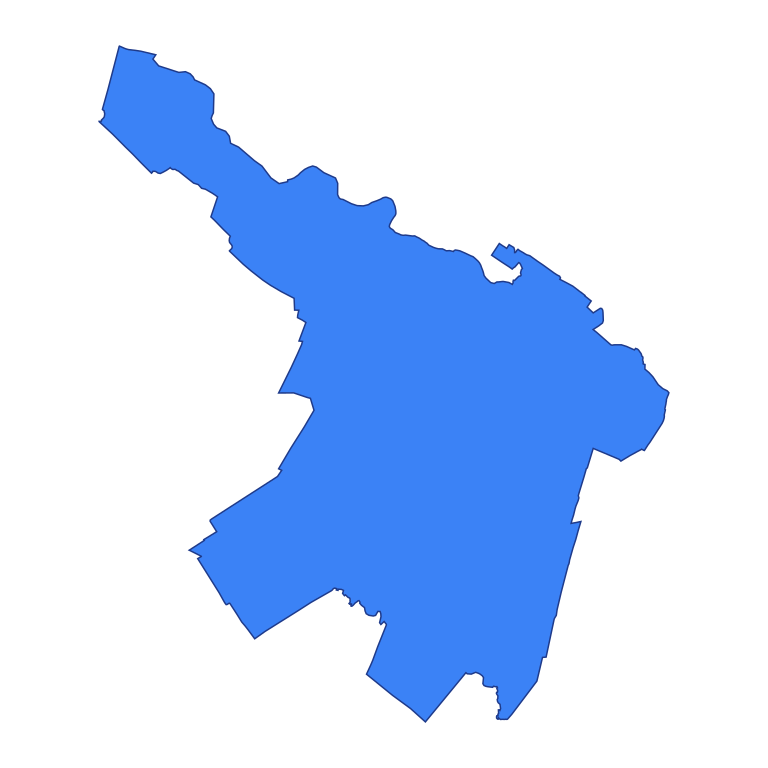 outline of Cateasca, Arges, Romania
{"feature_id": "2599482B62857994910694", "entity_name": "Cateasca", "entity_type": "district", "adm_level": 2, "iso_a3": "ROU", "parent_name": "Romania", "parent_adm1": "Arges", "projection": "albers", "projection_center": [25.043, 44.76], "detail": "fine", "context": "isolated", "style": "filled", "palette": "blue", "viewbox_px": 768, "rotation_deg": 0, "n_neighbors": 0, "source": "geoboundaries", "source_scale": "gbopen_adm2", "svg_char_len": 6098}
<svg xmlns="http://www.w3.org/2000/svg" viewBox="0 0 768 768"><path d="M254.7,638.8L265.1,631.4L298.4,610.5L311.0,602.4L331.3,590.8L332.4,589.9L333.4,588.6L334.7,588.1L336.6,588.6L336.3,590.0L338.0,590.4L338.3,589.2L341.4,589.4L343.5,590.4L342.6,593.4L344.4,595.7L345.5,594.9L348.1,597.4L349.6,598.0L350.0,598.8L350.1,599.8L350.0,600.9L350.2,601.6L349.9,602.5L349.0,603.5L349.7,604.2L350.2,604.1L351.0,603.8L351.5,604.1L350.9,605.3L351.1,606.2L351.9,606.2L353.2,605.2L355.2,603.0L356.9,601.8L358.1,600.8L359.0,600.6L360.0,602.2L359.7,603.2L361.5,605.3L364.5,607.6L365.1,611.0L366.2,613.7L368.9,615.3L373.3,616.0L375.6,615.4L377.9,611.4L380.1,611.5L380.8,613.7L381.0,616.7L379.6,622.7L380.9,624.5L384.1,621.5L386.2,624.1L386.4,624.9L377.7,646.7L372.7,660.4L370.7,665.1L366.5,674.2L392.5,695.3L410.6,708.6L425.4,721.9L465.9,672.7L467.2,673.8L471.3,674.1L475.7,672.3L478.7,673.4L480.2,674.2L482.3,675.8L483.5,677.6L482.9,683.7L484.0,685.5L485.8,686.3L487.7,686.7L492.7,687.3L493.1,686.6L493.7,686.2L495.3,686.7L496.9,686.6L497.5,687.8L496.8,688.2L497.0,689.0L497.6,690.1L497.6,691.6L497.3,692.4L496.6,692.4L496.4,693.3L496.7,694.1L497.9,695.8L497.8,698.5L497.2,699.5L497.5,701.3L498.2,702.7L500.0,704.3L500.6,708.7L499.9,710.4L499.3,709.8L498.4,709.9L498.6,713.5L497.9,714.2L498.0,715.8L496.8,715.8L496.5,716.9L496.6,718.1L497.3,718.9L497.8,719.2L498.4,719.1L498.2,718.2L498.5,717.8L498.8,718.1L499.2,718.6L500.7,719.5L501.9,719.3L504.9,719.4L505.9,719.2L506.8,719.4L507.5,719.2L511.8,714.3L536.9,681.1L542.5,657.4L546.1,657.1L554.1,619.4L554.5,618.3L556.3,615.4L557.1,609.7L561.2,592.2L568.2,565.3L568.9,563.9L569.2,562.6L569.6,560.0L573.1,547.6L575.8,539.4L578.1,530.9L580.9,521.5L576.3,522.5L571.1,523.4L572.0,520.0L573.6,515.0L575.1,508.8L575.9,506.1L578.1,500.7L578.9,497.9L578.3,495.6L579.1,492.8L583.9,477.1L586.3,468.7L587.3,467.9L593.2,448.4L619.1,459.3L620.9,461.1L629.8,455.7L636.7,451.9L641.1,449.6L641.5,449.2L642.9,449.8L643.5,450.2L644.4,450.5L648.1,444.7L649.1,443.4L650.1,442.0L662.1,423.4L663.4,420.6L664.1,418.2L664.4,416.0L664.2,415.1L665.4,409.8L664.8,409.1L665.9,404.0L666.1,402.3L666.4,401.0L666.4,399.6L667.5,396.5L667.9,395.6L668.3,394.8L668.9,392.7L667.2,390.8L662.9,388.7L658.2,384.7L652.9,376.8L649.0,372.6L644.9,369.1L645.0,364.5L643.3,364.0L643.1,363.8L643.3,362.2L642.6,359.9L642.9,358.8L642.9,357.1L641.7,355.8L641.4,354.4L641.0,353.5L638.6,350.1L637.5,349.1L635.6,348.4L634.4,349.9L626.5,346.4L621.4,344.8L615.2,344.8L613.6,344.9L612.2,345.2L610.8,344.8L596.7,332.4L593.1,329.5L598.7,325.9L602.5,323.0L603.3,320.6L603.0,312.5L602.7,310.1L601.7,308.5L600.3,308.3L593.2,312.9L587.1,307.1L591.2,301.0L584.8,295.9L585.0,295.5L581.3,292.5L581.2,292.6L572.9,286.2L566.6,282.8L559.8,279.3L560.5,277.9L559.6,276.2L557.2,275.0L554.1,273.0L542.9,264.9L538.0,261.6L529.8,255.7L526.8,254.8L524.8,253.7L523.5,252.8L519.6,250.6L518.0,249.3L516.8,250.4L516.3,251.5L515.2,252.6L514.6,252.6L514.6,250.0L513.8,247.5L509.1,244.7L506.7,248.4L504.4,246.8L502.7,245.8L499.3,243.5L491.6,255.2L502.1,262.3L509.5,267.1L512.2,269.1L513.5,267.8L515.0,266.9L518.7,262.6L519.6,263.0L520.5,264.3L522.4,268.5L521.4,269.6L520.5,273.0L521.0,274.3L521.0,275.3L520.6,276.0L519.7,276.0L518.7,276.3L514.5,280.5L513.4,280.2L513.0,281.5L513.1,282.8L512.3,284.4L508.9,282.5L503.5,281.5L502.3,281.5L499.0,281.9L496.7,282.0L496.0,282.5L494.2,283.5L490.7,282.6L487.0,279.1L486.1,278.3L484.1,275.6L483.3,272.3L482.6,270.2L481.6,267.7L480.7,265.1L479.4,262.8L478.0,261.1L475.1,258.4L473.1,256.7L470.8,255.8L465.1,253.1L459.8,250.8L457.4,250.3L455.4,250.0L454.2,250.5L453.4,251.5L449.6,250.6L446.4,250.8L445.9,250.6L443.8,249.5L442.4,248.9L438.4,248.8L435.9,248.2L433.5,247.4L428.8,245.2L427.0,243.2L425.7,242.4L424.1,241.1L422.0,240.0L420.4,238.9L419.2,238.1L416.4,236.8L414.8,235.9L412.3,236.0L405.6,235.1L403.3,235.3L402.4,235.2L400.6,234.8L399.6,234.2L395.3,232.5L392.8,229.7L390.9,228.6L389.9,227.7L389.3,226.6L389.6,224.8L391.5,220.8L393.6,217.5L394.8,216.0L395.6,214.6L395.9,213.2L395.8,210.8L395.0,206.4L392.8,200.9L392.2,200.2L390.8,198.9L386.8,197.3L385.4,197.2L383.1,197.7L380.5,199.2L376.9,200.7L371.8,202.5L368.3,204.7L363.3,205.9L357.1,205.6L351.4,203.7L343.1,199.5L340.4,199.0L339.0,197.7L337.6,194.6L337.7,183.3L335.5,178.0L323.9,172.7L316.4,167.1L312.7,166.0L308.5,167.4L304.6,169.4L300.4,172.8L298.3,175.0L294.1,177.9L291.2,179.1L287.7,179.9L287.6,181.7L279.1,183.6L270.9,177.9L262.0,166.1L254.3,160.6L238.6,147.1L230.6,143.3L229.3,136.2L225.6,131.3L216.8,127.9L213.6,124.2L211.2,118.5L212.1,115.6L213.4,112.9L213.9,93.9L210.4,88.7L205.5,84.9L194.6,79.9L193.1,76.9L190.2,73.8L185.5,71.7L178.8,72.4L158.7,65.9L152.9,59.1L155.8,54.8L140.8,51.2L135.5,50.4L128.7,49.6L126.7,49.1L124.7,48.4L121.1,46.8L119.4,46.1L119.2,46.3L108.0,89.3L102.4,109.4L103.3,110.3L104.1,110.7L104.3,112.1L104.5,112.7L104.7,113.8L104.5,115.5L104.2,117.0L103.4,118.1L101.6,119.9L101.2,120.4L101.5,120.8L100.6,122.2L99.2,121.3L99.1,121.6L112.7,134.2L125.8,147.4L132.7,154.1L140.9,162.6L151.5,173.2L152.4,172.3L152.4,171.9L152.6,171.4L153.1,171.3L155.0,171.3L155.8,171.6L156.8,172.2L157.9,173.0L160.3,173.5L163.2,172.1L166.3,170.4L169.3,168.4L170.2,167.6L170.9,168.4L172.3,169.3L173.0,169.5L174.5,169.3L175.3,169.4L176.9,170.5L178.4,171.0L193.6,183.1L198.3,184.6L201.6,188.3L205.4,189.2L212.5,193.3L217.6,196.8L210.9,216.9L214.5,220.3L223.6,229.7L230.3,236.2L229.5,238.2L229.2,240.6L229.6,242.5L231.5,244.8L232.1,245.9L232.2,247.1L231.9,248.2L231.4,248.9L229.4,250.8L229.5,251.1L243.2,264.2L251.1,270.9L262.7,280.0L270.5,285.3L281.2,291.6L294.1,298.3L294.6,310.1L298.8,310.2L297.7,315.3L297.5,317.6L302.6,320.3L305.9,322.5L299.0,341.0L302.5,341.4L301.6,344.6L297.5,353.9L291.2,367.5L278.6,393.0L293.7,392.9L307.3,397.5L310.4,398.3L314.0,410.3L304.2,427.0L290.9,448.0L278.6,468.8L281.7,470.3L277.5,476.5L211.9,518.8L210.2,520.1L210.1,521.2L216.7,531.7L203.8,539.6L204.3,540.4L189.2,550.2L201.2,556.2L201.3,556.5L197.7,558.6L219.1,592.7L223.0,599.7L224.7,602.7L226.1,604.6L226.8,604.6L229.2,603.2L229.9,603.4L237.1,614.5L241.8,622.1L244.9,625.7L248.1,629.8L254.7,638.8Z" fill="#3b82f6" stroke="#1e3a8a" stroke-width="1.5"/></svg>